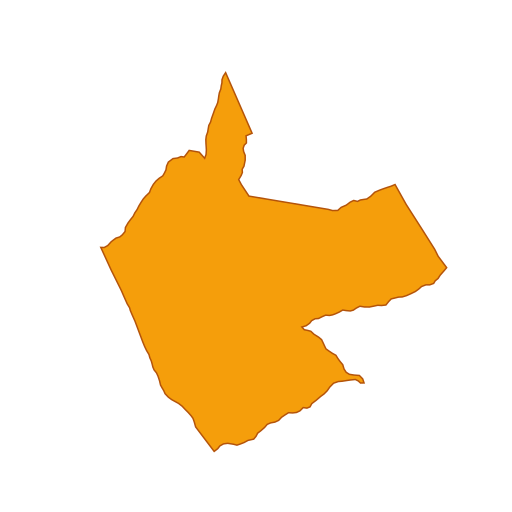 Miraíma, Ceará, Brazil (Robinson projection), rotated 234°
{"feature_id": "56859067B49924761215714", "entity_name": "Miraíma", "entity_type": "district", "adm_level": 2, "iso_a3": "BRA", "parent_name": "Brazil", "parent_adm1": "Ceará", "projection": "robinson", "projection_center": [-39.915, -3.576], "detail": "fine", "context": "isolated", "style": "filled", "palette": "amber", "viewbox_px": 512, "rotation_deg": 234, "n_neighbors": 0, "source": "geoboundaries", "source_scale": "gbopen_adm2", "svg_char_len": 3069}
<svg xmlns="http://www.w3.org/2000/svg" viewBox="0 0 512 512"><g transform="rotate(234 256 256)"><path d="M122.5,107.3L122.6,111.7L123.6,115.2L123.1,119.3L121.1,123.0L117.0,127.1L114.2,129.4L113.2,132.5L112.1,136.7L111.5,141.2L109.2,146.5L110.1,150.0L111.7,153.2L111.8,157.3L112.3,162.4L113.2,166.1L112.4,169.7L110.5,173.7L109.7,177.7L110.5,181.9L110.4,185.8L110.1,190.2L107.5,193.4L105.6,196.8L104.9,200.5L105.6,205.1L103.0,207.8L102.2,211.0L103.8,214.4L103.9,219.8L104.4,225.9L104.4,229.9L105.1,234.3L106.6,238.6L107.5,244.0L106.1,248.7L104.0,252.2L102.0,256.1L100.2,259.5L97.7,263.8L94.8,265.3L91.8,265.9L89.8,268.8L93.9,270.1L98.6,269.4L102.0,265.4L105.4,262.0L108.9,260.6L112.8,260.8L117.1,262.3L121.2,262.0L125.1,262.0L128.7,262.3L132.3,260.6L136.7,259.0L139.8,258.0L143.0,258.6L146.5,259.3L149.8,259.9L153.4,259.0L158.6,256.9L162.9,256.1L165.4,254.1L168.0,251.7L171.6,251.4L170.1,255.6L170.1,259.9L171.0,263.0L170.5,266.9L168.7,269.8L168.0,274.0L167.2,277.6L164.7,280.5L163.4,283.3L162.5,286.5L161.7,290.4L161.3,294.4L158.8,296.9L156.1,300.0L155.0,302.9L154.9,306.6L154.3,310.5L151.1,313.7L148.1,317.7L145.9,322.5L144.6,325.5L142.2,328.4L140.0,332.3L141.2,336.6L141.8,340.2L140.4,343.6L139.0,347.1L136.9,350.3L135.5,354.4L134.5,359.0L133.6,364.1L133.6,368.3L134.0,372.0L132.8,376.5L130.5,379.7L129.4,383.6L130.6,386.4L130.8,390.1L132.2,393.6L133.4,399.0L134.5,403.4L148.7,403.2L156.4,404.5L181.0,406.1L209.5,407.8L232.1,410.5L233.1,406.2L234.2,402.9L235.5,398.7L236.7,394.4L237.8,389.5L236.9,383.8L237.0,379.1L238.4,376.5L240.0,373.3L240.5,370.2L243.5,367.7L244.2,363.9L244.1,358.9L245.3,353.5L244.8,348.9L247.8,344.6L251.2,341.9L308.6,285.5L322.3,286.1L328.0,286.9L329.9,291.4L331.6,294.1L334.3,295.8L335.7,299.0L339.9,303.6L343.8,306.4L347.8,307.4L350.7,308.9L352.6,311.6L353.1,314.7L355.9,316.7L359.1,318.6L357.6,325.0L422.2,339.2L420.7,335.2L418.6,332.1L416.1,330.2L414.2,328.0L411.8,325.7L409.6,322.3L407.4,320.0L405.2,317.9L402.6,315.2L400.9,312.5L399.2,309.3L396.5,305.4L393.5,301.0L391.1,298.0L389.4,294.6L387.3,292.4L384.7,289.8L382.3,286.3L379.6,283.8L376.2,281.5L373.5,279.8L371.0,278.2L367.5,275.3L365.2,271.9L373.4,271.1L380.7,264.0L379.3,259.5L378.3,256.1L380.5,253.8L381.4,250.1L383.6,246.1L383.5,240.3L381.3,236.5L378.6,233.8L376.8,230.4L375.6,227.6L375.8,223.4L375.4,219.1L374.3,215.1L372.2,210.5L370.0,207.2L369.3,202.2L368.4,198.3L367.0,194.6L365.3,190.6L363.5,187.2L362.1,183.3L360.3,179.9L359.4,176.5L358.0,172.0L355.8,167.1L352.8,164.5L351.7,160.3L351.5,157.0L352.8,153.2L352.7,147.5L351.6,142.2L352.1,138.2L354.2,135.5L329.9,130.6L309.1,127.1L306.4,126.6L302.0,125.6L297.3,124.6L293.1,123.7L288.4,123.3L285.8,122.3L281.5,121.3L274.4,119.8L253.1,113.9L248.2,112.7L243.8,111.9L239.2,111.5L236.1,110.3L232.7,109.6L229.7,108.5L226.8,107.3L223.7,106.6L220.0,106.8L216.4,106.1L211.7,104.6L207.7,102.9L204.4,102.5L201.2,102.2L198.0,101.5L193.4,102.1L189.5,103.3L186.3,104.8L182.3,106.7L177.8,108.0L173.7,108.5L169.2,109.2L165.0,109.6L161.7,109.6L158.3,108.6L153.2,106.7L122.5,107.3Z" fill="#f59e0b" stroke="#b45309" stroke-width="1.5"/></g></svg>